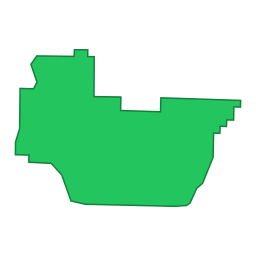 outline of Irwin, Georgia, United States of America
{"feature_id": "52423323B58689815854296", "entity_name": "Irwin", "entity_type": "district", "adm_level": 2, "iso_a3": "USA", "parent_name": "United States of America", "parent_adm1": "Georgia", "projection": "albers", "projection_center": [-83.258, 31.621], "detail": "fine", "context": "isolated", "style": "filled", "palette": "green", "viewbox_px": 256, "rotation_deg": 0, "n_neighbors": 0, "source": "geoboundaries", "source_scale": "gbopen_adm2", "svg_char_len": 590}
<svg xmlns="http://www.w3.org/2000/svg" viewBox="0 0 256 256"><path d="M174.8,206.3L186.4,205.5L190.0,203.1L196.7,188.4L202.6,183.2L213.1,157.3L213.6,133.1L219.9,133.3L220.1,126.2L226.4,126.5L226.8,119.9L233.6,120.1L233.9,106.9L240.5,107.1L240.6,100.4L160.9,97.8L160.5,111.8L120.6,110.5L120.9,97.0L94.0,96.6L94.2,56.6L87.7,56.6L87.8,49.8L74.4,49.7L74.1,56.4L36.8,55.9L30.9,64.3L37.0,82.0L33.6,88.8L20.1,88.4L19.6,128.7L15.5,142.1L15.4,154.7L28.9,155.1L28.8,162.2L51.3,163.4L61.8,175.0L71.0,201.0L85.1,204.2L88.1,204.3L174.8,206.3Z" fill="#22c55e" stroke="#15803d" stroke-width="1.5"/></svg>